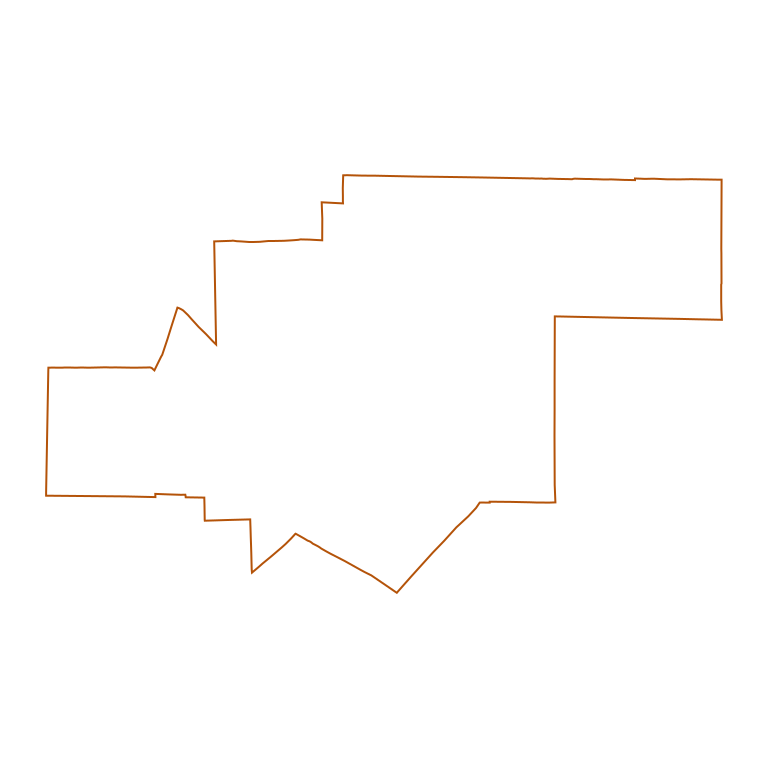 Silistea Crucii, Dolj, Romania (Mercator projection)
{"feature_id": "2599482B51725370061105", "entity_name": "Silistea Crucii", "entity_type": "district", "adm_level": 2, "iso_a3": "ROU", "parent_name": "Romania", "parent_adm1": "Dolj", "projection": "mercator", "projection_center": [23.474, 44.047], "detail": "fine", "context": "isolated", "style": "outline", "palette": "amber", "viewbox_px": 768, "rotation_deg": 0, "n_neighbors": 0, "source": "geoboundaries", "source_scale": "gbopen_adm2", "svg_char_len": 2716}
<svg xmlns="http://www.w3.org/2000/svg" viewBox="0 0 768 768"><path d="M721.9,319.8L721.4,309.9L721.2,301.2L721.2,293.8L721.2,287.7L721.2,284.5L721.5,283.6L721.5,282.7L721.4,253.3L721.3,248.9L721.6,179.7L720.2,179.7L691.0,179.2L679.8,179.4L666.6,179.3L653.5,178.7L648.8,178.8L645.0,178.9L640.8,178.7L637.9,178.6L635.0,178.5L635.0,180.1L623.9,179.9L611.3,179.4L604.4,179.5L596.2,179.2L593.8,179.2L589.7,179.0L585.9,179.0L579.2,178.8L576.0,178.7L574.4,178.7L573.0,178.9L572.2,179.2L571.3,179.2L568.5,179.1L557.4,178.9L549.8,178.6L548.1,178.7L546.1,178.8L542.9,178.7L542.2,178.6L541.1,178.5L540.0,178.6L537.1,178.5L535.0,178.5L532.6,178.3L530.0,178.4L525.6,178.3L483.2,177.5L464.9,177.2L436.3,176.8L418.9,176.6L389.8,176.0L375.9,175.7L362.1,175.6L354.4,175.4L347.3,175.2L343.2,175.3L343.0,181.4L342.8,188.1L342.9,196.3L342.9,201.4L343.0,203.4L321.7,202.3L322.3,218.7L322.2,240.3L318.5,240.1L314.5,239.9L309.4,239.6L304.7,239.5L300.4,239.4L298.5,239.8L296.2,240.0L293.7,240.2L290.7,240.4L283.9,240.8L273.1,241.0L268.4,241.0L265.1,241.3L259.9,241.8L253.3,242.0L249.2,242.0L240.9,241.4L236.8,241.2L232.7,240.6L232.0,240.8L214.2,241.4L216.1,344.5L212.9,341.4L206.1,334.2L198.7,327.0L191.6,319.2L188.1,315.2L183.1,310.4L181.3,309.3L179.1,308.2L177.4,307.6L177.3,307.8L177.3,308.1L177.0,309.0L171.5,326.2L167.5,339.0L163.6,350.7L162.2,354.9L161.2,356.5L157.5,364.0L154.4,370.4L152.8,369.0L152.4,368.6L151.9,368.1L151.3,367.9L150.8,367.6L149.7,367.4L146.8,367.5L134.1,367.7L114.9,367.4L110.7,367.5L105.5,367.3L97.2,367.5L92.4,367.6L88.6,367.7L81.7,367.5L75.9,367.7L72.5,367.6L68.1,367.5L65.0,367.5L61.7,367.7L52.0,367.6L48.5,367.7L48.4,367.7L48.3,370.5L46.1,492.7L46.1,495.7L124.6,496.4L155.4,497.1L155.3,493.9L168.2,494.4L180.9,494.8L185.3,494.7L185.6,496.1L185.7,497.3L204.3,497.6L204.5,505.9L204.7,519.8L204.8,520.7L215.2,520.4L221.3,520.2L227.6,520.0L238.9,519.7L250.2,519.4L250.5,528.1L250.8,538.2L251.0,543.9L251.3,553.4L251.5,561.8L251.7,569.4L252.0,572.6L256.3,569.0L258.3,567.3L262.6,563.5L267.0,559.9L272.9,555.0L277.1,551.4L281.8,547.4L285.7,543.9L291.0,538.6L295.3,533.9L295.6,533.7L303.8,538.3L307.6,540.6L308.4,540.9L309.5,541.3L310.6,541.9L311.7,542.7L312.5,543.4L312.9,543.7L315.1,544.8L317.8,546.2L319.6,547.3L321.2,548.5L326.1,551.3L330.3,553.6L344.7,561.0L360.8,570.0L364.7,572.1L370.3,574.9L371.2,575.3L396.8,592.8L397.9,591.5L411.1,576.6L432.9,552.5L444.2,540.8L456.3,527.4L468.2,516.4L476.1,507.9L479.7,502.6L482.3,502.5L485.9,502.6L489.7,502.6L489.7,501.7L511.2,501.9L530.1,502.3L535.8,502.5L549.1,502.6L555.4,502.4L554.7,484.9L554.5,435.8L554.6,409.2L554.6,380.6L554.8,316.4L561.0,316.5L631.7,318.0L680.1,318.9L697.7,319.3L703.1,319.4L721.9,319.8Z" fill="none" stroke="#b45309" stroke-width="2"/></svg>